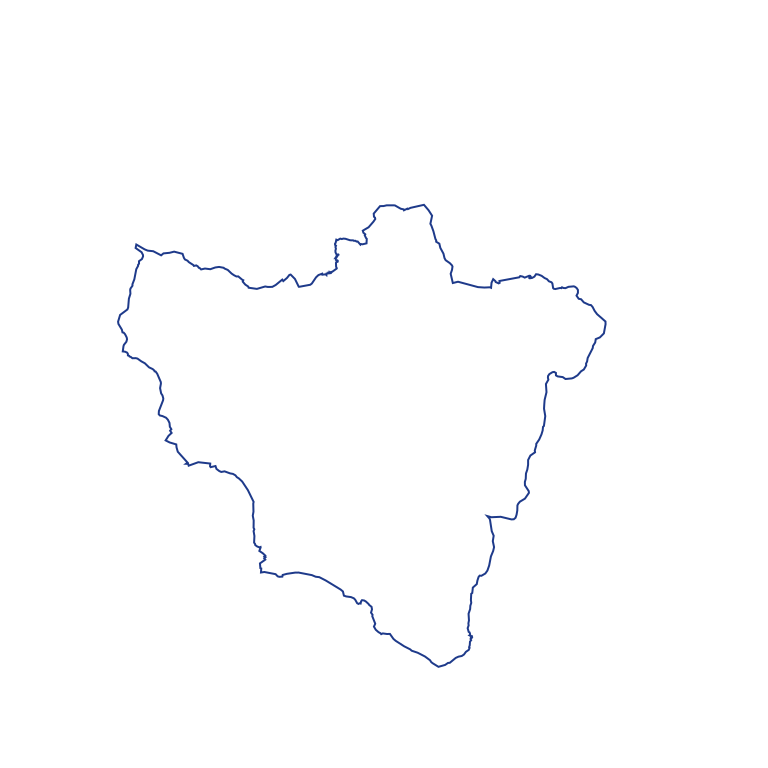 Rosia, Sibiu, Romania, rotated 322°
{"feature_id": "2599482B70516542388979", "entity_name": "Rosia", "entity_type": "district", "adm_level": 2, "iso_a3": "ROU", "parent_name": "Romania", "parent_adm1": "Sibiu", "projection": "equal_earth", "projection_center": [24.304, 45.817], "detail": "fine", "context": "isolated", "style": "outline", "palette": "blue", "viewbox_px": 768, "rotation_deg": 322, "n_neighbors": 0, "source": "geoboundaries", "source_scale": "gbopen_adm2", "svg_char_len": 6166}
<svg xmlns="http://www.w3.org/2000/svg" viewBox="0 0 768 768"><g transform="rotate(322 384 384)"><path d="M597.0,471.1L594.9,460.1L595.0,456.0L595.8,451.8L595.7,449.3L594.3,447.8L591.7,442.7L591.5,438.6L589.9,436.7L590.1,432.9L592.9,431.6L594.7,429.3L594.9,427.1L594.4,425.1L593.7,423.9L589.2,421.0L586.0,420.2L584.5,418.8L583.8,417.4L582.8,417.7L582.0,416.8L577.4,414.6L576.4,413.4L576.3,412.6L578.6,408.4L578.6,406.9L577.2,404.6L577.0,401.7L575.8,399.4L574.8,395.8L573.0,392.7L571.4,391.1L568.6,392.0L566.0,391.6L563.9,390.4L563.7,390.1L564.2,389.3L565.7,389.9L565.8,388.8L565.1,388.1L560.4,386.8L559.4,384.7L557.8,382.8L556.3,383.2L538.4,373.9L537.4,375.5L536.3,375.3L534.8,372.4L535.1,371.4L534.6,368.6L531.1,370.4L527.6,374.1L527.0,373.0L522.5,369.8L517.7,365.5L505.3,349.0L500.4,346.8L504.4,338.2L507.9,335.9L510.3,333.6L510.6,332.3L510.3,329.3L508.8,324.4L509.2,322.0L511.1,317.9L512.2,311.4L514.0,307.5L512.7,304.0L513.6,302.9L513.8,301.4L517.0,294.0L518.8,288.5L519.2,286.3L525.5,281.0L526.1,274.5L525.8,267.4L513.3,261.5L510.5,260.9L510.4,260.2L506.7,259.4L507.0,258.5L505.1,256.2L502.5,249.9L496.2,244.9L493.2,243.5L490.4,241.4L480.8,243.4L479.1,246.0L479.3,247.4L478.7,248.6L475.5,249.6L468.4,251.0L461.7,250.1L460.9,252.1L461.4,254.5L460.4,254.9L459.7,257.8L459.8,259.0L456.8,262.4L453.1,260.7L452.0,259.5L451.2,259.7L451.0,255.5L450.0,254.8L449.7,253.6L448.4,252.6L448.1,251.8L445.8,249.9L443.0,245.8L441.5,244.4L440.0,243.8L439.0,242.5L436.0,242.1L435.3,240.9L432.8,243.0L431.9,243.2L431.1,244.2L431.3,245.5L430.1,246.1L429.4,247.8L427.8,249.0L426.8,250.5L426.4,252.5L426.8,253.0L426.2,253.4L428.6,254.2L425.9,253.9L424.1,254.5L425.1,254.8L423.1,255.5L422.5,256.4L422.5,257.3L423.4,257.9L423.4,258.5L422.8,259.1L421.3,258.7L420.7,259.0L418.4,262.2L418.1,263.7L417.8,263.9L412.4,263.7L410.1,262.6L410.8,263.8L410.4,263.9L409.3,263.2L409.4,262.6L408.9,263.0L406.7,261.6L405.7,262.7L405.5,261.6L402.7,259.9L403.2,259.0L399.4,257.8L396.1,258.1L389.0,260.4L387.0,260.4L377.2,255.3L376.7,254.9L378.5,246.4L377.8,240.3L376.6,239.8L372.9,240.7L368.0,240.9L368.1,239.1L359.6,239.3L355.8,238.7L352.3,236.1L350.4,234.0L342.4,230.8L336.6,224.8L337.0,223.6L335.9,220.3L335.7,216.4L337.0,215.6L336.5,214.7L335.4,209.5L333.9,208.4L332.8,206.0L331.9,203.2L331.1,197.9L329.4,194.8L329.2,193.7L326.1,190.2L322.8,188.3L317.8,186.6L314.0,182.8L310.4,181.1L310.1,178.9L309.6,178.4L309.7,176.7L309.1,175.0L306.9,173.9L307.0,172.9L305.2,167.7L305.1,165.9L303.8,163.3L304.0,161.4L305.4,157.4L300.1,150.5L295.8,148.6L290.6,145.3L287.6,145.4L283.9,137.3L279.9,133.4L278.3,130.6L274.7,121.6L272.0,123.9L274.1,130.9L273.5,134.0L272.7,135.1L270.2,136.5L266.5,136.4L265.1,138.3L263.4,138.8L263.0,139.5L259.5,141.0L251.7,147.8L247.2,150.5L246.3,151.7L243.0,152.7L241.9,153.6L239.7,156.8L235.5,159.7L229.5,166.2L227.7,167.3L218.6,167.1L212.8,171.2L211.7,173.2L210.9,179.8L209.7,182.3L210.5,183.3L210.6,185.4L209.9,188.9L209.1,190.5L207.0,192.1L203.2,193.0L202.0,193.8L198.2,197.5L199.9,199.2L200.9,201.2L200.7,202.6L199.8,203.8L200.5,204.9L200.4,205.7L201.1,206.7L201.6,208.8L204.3,210.8L205.4,212.2L206.7,216.7L208.3,220.4L209.1,226.2L210.9,229.8L211.3,232.0L211.0,232.8L211.7,233.6L211.6,236.3L209.3,245.1L208.4,246.4L205.0,249.4L202.6,254.2L202.4,256.6L201.2,259.5L199.9,260.8L190.0,266.7L187.9,269.1L188.0,270.8L189.7,272.9L191.5,276.4L191.7,279.1L191.0,282.6L188.9,285.9L188.6,288.7L186.7,289.1L186.5,291.8L182.2,292.2L177.2,294.0L179.1,298.1L183.1,303.7L181.5,306.2L179.8,310.4L180.8,325.1L178.9,325.0L180.5,326.4L179.8,328.1L189.5,331.3L198.1,339.7L196.3,341.7L196.2,342.8L200.7,344.9L199.7,347.8L200.6,351.2L201.6,353.1L204.6,354.7L207.7,359.7L209.6,361.8L210.7,364.5L210.7,366.8L211.5,369.0L212.2,373.5L211.4,383.8L208.7,396.6L207.3,397.8L202.5,404.3L199.5,407.0L197.3,411.3L192.7,417.0L192.4,418.6L190.7,419.6L188.3,424.0L184.0,429.0L183.9,430.7L183.4,431.7L184.0,433.9L185.2,436.0L186.4,436.4L186.2,436.8L183.0,438.8L184.3,442.8L184.8,446.1L183.5,446.3L184.0,447.5L182.3,447.6L182.3,449.3L175.8,449.0L173.2,453.0L173.7,453.8L171.0,456.8L174.0,458.5L181.5,467.1L181.8,470.1L182.8,471.5L185.3,473.2L186.6,472.1L190.6,473.8L198.0,478.0L200.6,480.0L209.5,490.2L211.5,493.8L214.1,496.4L217.1,502.9L223.3,519.3L223.9,522.2L222.1,526.1L223.4,528.1L226.8,531.6L228.3,534.3L228.5,536.3L227.9,540.2L228.5,541.6L229.8,541.8L230.4,542.6L232.1,541.2L233.6,540.8L235.1,542.4L235.8,544.2L236.4,547.8L236.3,549.0L237.0,551.9L235.8,554.2L233.0,556.2L232.9,558.8L231.8,559.8L229.5,567.5L226.7,569.0L226.2,572.6L226.9,576.2L227.8,578.3L227.8,579.4L229.5,579.8L232.4,582.8L234.8,584.6L234.5,590.7L235.1,593.6L238.4,603.1L241.3,609.3L241.6,611.2L245.1,616.5L248.5,623.9L250.2,630.0L250.0,632.2L250.4,633.9L252.8,640.4L259.2,643.0L262.7,643.2L264.2,644.2L271.9,644.0L274.8,644.7L277.8,646.2L280.5,646.4L283.6,645.5L287.1,645.7L289.0,644.6L289.0,643.8L290.7,642.7L293.1,640.0L295.0,639.5L295.2,638.2L296.0,637.6L296.7,638.1L297.6,637.8L298.0,636.7L297.2,636.2L296.6,634.7L297.4,634.8L298.1,633.6L298.5,632.4L298.1,631.5L299.6,627.9L302.1,626.3L303.1,624.6L305.4,622.6L309.2,617.1L313.3,614.4L315.5,611.9L318.0,610.2L319.5,607.7L323.6,603.0L324.9,603.0L328.7,599.1L333.9,598.8L336.6,596.4L339.7,594.3L341.4,593.9L342.7,595.1L347.2,595.7L350.6,594.7L355.1,591.8L362.1,585.7L367.2,582.8L370.3,580.3L373.0,574.8L377.0,571.1L378.3,566.3L383.8,556.5L384.3,555.1L384.1,551.7L386.6,555.1L394.2,560.5L401.1,569.2L403.0,570.5L405.3,570.4L408.0,568.6L411.2,565.7L414.4,561.8L416.0,561.0L418.6,560.4L424.5,561.1L431.2,559.0L432.1,557.5L432.7,550.6L434.7,547.9L437.3,546.0L440.8,541.9L444.2,539.7L447.8,536.4L450.8,532.6L455.3,530.5L461.0,530.8L461.9,529.2L466.1,526.2L467.1,524.9L472.1,523.3L477.0,520.7L480.4,518.3L482.9,515.7L484.2,515.5L491.3,508.6L494.9,502.0L497.6,498.9L500.8,495.4L507.0,490.5L511.6,483.7L516.2,481.8L517.0,480.0L518.2,478.7L520.4,478.0L524.0,478.4L525.5,479.2L526.3,481.1L524.8,483.1L525.5,484.9L529.1,488.6L530.1,491.8L535.4,495.2L537.2,495.8L541.9,496.3L547.1,495.3L550.4,495.6L554.7,493.9L555.8,492.3L557.9,491.3L560.5,488.9L570.6,484.2L572.1,482.7L576.0,481.3L578.5,479.0L582.8,480.2L588.4,479.5L595.4,473.3L597.0,471.1Z" fill="none" stroke="#1e3a8a" stroke-width="2"/></g></svg>